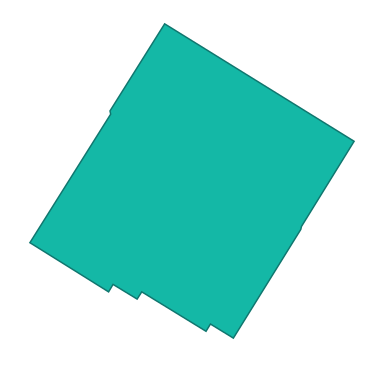 Boone, Nebraska, United States of America, rotated 32°
{"feature_id": "52423323B18461908563123", "entity_name": "Boone", "entity_type": "district", "adm_level": 2, "iso_a3": "USA", "parent_name": "United States of America", "parent_adm1": "Nebraska", "projection": "robinson", "projection_center": [-98.057, 41.699], "detail": "fine", "context": "isolated", "style": "filled", "palette": "teal", "viewbox_px": 384, "rotation_deg": 32, "n_neighbors": 0, "source": "geoboundaries", "source_scale": "gbopen_adm2", "svg_char_len": 342}
<svg xmlns="http://www.w3.org/2000/svg" viewBox="0 0 384 384"><g transform="rotate(32 192 192)"><path d="M79.7,63.9L79.5,166.7L81.8,169.1L81.4,320.9L174.2,320.9L174.0,312.2L202.2,311.9L202.3,303.3L277.7,302.7L277.6,294.2L304.5,294.0L304.1,166.1L303.1,163.2L302.6,63.1L79.7,63.9Z" fill="#14b8a6" stroke="#0f766e" stroke-width="1.5"/></g></svg>